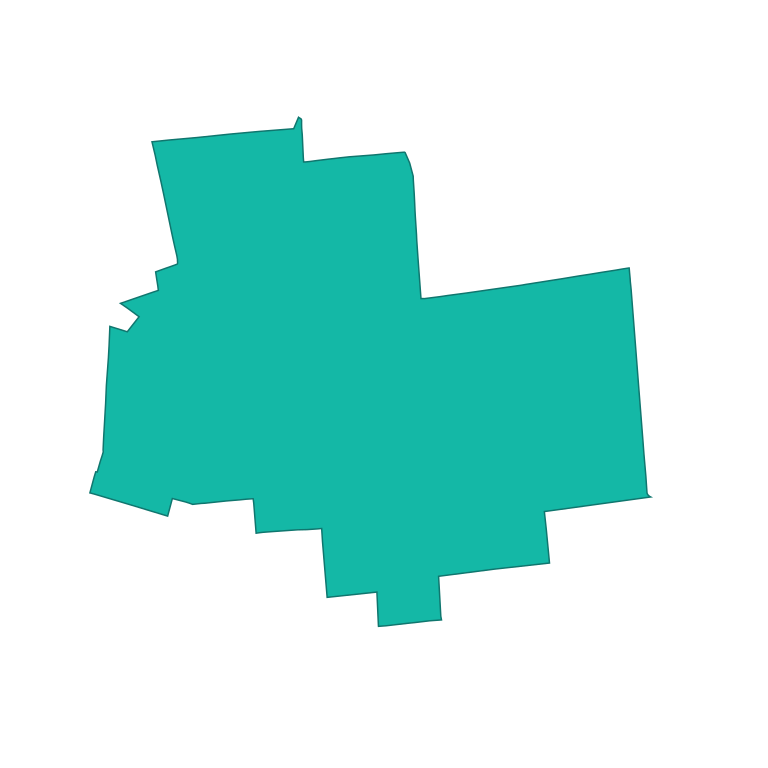 the district of Giubega, Dolj, Romania, rotated 105°
{"feature_id": "2599482B62165457111039", "entity_name": "Giubega", "entity_type": "district", "adm_level": 2, "iso_a3": "ROU", "parent_name": "Romania", "parent_adm1": "Dolj", "projection": "equal_earth", "projection_center": [23.399, 44.159], "detail": "fine", "context": "isolated", "style": "filled", "palette": "teal", "viewbox_px": 768, "rotation_deg": 105, "n_neighbors": 0, "source": "geoboundaries", "source_scale": "gbopen_adm2", "svg_char_len": 2268}
<svg xmlns="http://www.w3.org/2000/svg" viewBox="0 0 768 768"><g transform="rotate(105 384 384)"><path d="M565.3,638.6L565.3,635.4L566.3,598.7L567.6,558.8L549.4,558.8L549.3,545.1L549.5,540.7L549.8,537.7L548.5,534.4L546.6,529.5L545.5,526.1L537.8,506.1L533.3,493.5L530.9,487.2L528.7,480.7L532.8,479.0L561.2,468.9L560.0,466.1L558.6,462.6L555.2,452.9L552.3,444.5L550.3,438.7L547.2,429.7L544.6,420.8L541.3,411.1L539.7,406.8L552.2,402.6L604.8,383.7L586.8,337.0L618.7,326.9L619.5,326.6L617.1,319.7L609.0,299.2L606.5,292.6L600.9,278.6L597.0,267.4L593.7,269.0L555.6,281.5L534.3,229.6L514.1,177.8L482.5,189.6L465.7,196.1L424.1,97.2L423.9,98.1L423.3,99.5L422.8,100.3L421.8,101.4L421.0,101.8L419.6,102.3L405.3,107.2L384.1,114.9L371.8,119.2L317.3,138.5L285.8,149.6L229.2,169.6L226.0,170.8L221.3,172.6L218.6,173.5L213.2,175.5L208.5,177.2L208.7,177.8L211.4,183.9L214.0,189.5L219.6,202.2L224.8,213.7L229.4,224.2L232.6,231.2L236.5,239.8L243.0,254.5L245.5,260.1L247.5,264.7L249.4,268.9L251.0,272.6L252.8,276.4L253.5,278.0L261.2,296.1L274.7,327.7L282.0,345.3L285.0,352.2L291.0,366.9L291.9,370.4L252.9,384.0L236.9,389.5L231.5,391.2L226.5,392.9L214.1,397.1L208.6,398.9L201.3,401.2L193.2,403.8L185.2,406.5L179.3,408.5L175.7,409.6L163.9,416.4L158.0,421.1L155.0,423.5L154.9,423.8L154.8,424.1L154.8,424.3L156.6,429.4L161.0,441.5L165.2,452.6L168.3,461.4L173.6,476.5L175.7,481.9L177.2,485.8L178.9,490.0L181.2,495.9L183.9,502.6L186.0,507.8L188.1,512.8L189.9,517.5L190.3,519.1L189.7,519.3L186.0,520.6L164.6,527.4L158.3,529.7L155.6,530.5L153.1,531.2L150.8,531.8L150.1,532.1L149.4,532.7L149.2,533.3L148.6,535.4L148.5,535.6L160.8,537.3L172.4,570.1L182.5,597.5L194.4,628.6L203.8,654.3L210.1,670.8L222.5,664.1L231.1,659.8L246.3,651.8L257.2,646.2L292.7,628.3L297.8,625.7L305.1,621.9L313.7,617.3L317.0,615.8L319.0,615.2L320.5,614.7L321.3,614.6L321.8,614.9L323.0,616.5L326.6,621.7L328.4,624.4L334.8,633.6L335.5,633.3L341.5,630.7L348.0,627.8L352.0,626.2L355.0,630.8L374.3,659.4L377.1,651.5L381.5,640.3L382.4,638.0L384.1,638.7L392.5,642.3L400.0,645.5L399.3,663.7L417.6,659.6L430.0,657.0L457.2,651.8L475.1,647.8L497.8,643.1L508.0,641.0L520.3,638.3L522.3,637.6L526.1,637.7L531.9,638.0L543.2,638.2L543.4,639.7L548.9,639.9L565.3,639.9L565.3,638.6Z" fill="#14b8a6" stroke="#0f766e" stroke-width="1.5"/></g></svg>